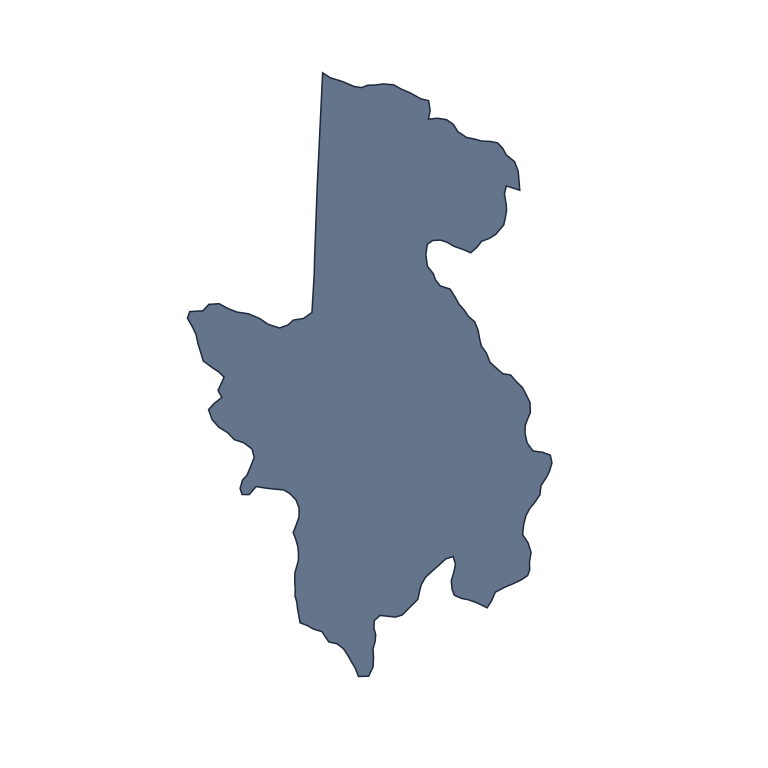 Alvarenga, Minas Gerais, Brazil, rotated 293°
{"feature_id": "56859067B30296109157485", "entity_name": "Alvarenga", "entity_type": "district", "adm_level": 2, "iso_a3": "BRA", "parent_name": "Brazil", "parent_adm1": "Minas Gerais", "projection": "robinson", "projection_center": [-41.705, -19.42], "detail": "fine", "context": "isolated", "style": "filled", "palette": "slate", "viewbox_px": 768, "rotation_deg": 293, "n_neighbors": 0, "source": "geoboundaries", "source_scale": "gbopen_adm2", "svg_char_len": 2643}
<svg xmlns="http://www.w3.org/2000/svg" viewBox="0 0 768 768"><g transform="rotate(293 384 384)"><path d="M615.4,433.3L623.4,429.1L632.3,424.4L639.7,417.3L642.6,407.1L647.4,401.1L650.3,394.5L648.9,387.2L645.8,379.0L644.8,371.4L643.2,363.6L645.2,353.2L650.0,346.6L651.8,338.4L649.6,329.5L645.2,321.5L653.8,319.6L662.2,314.4L660.9,306.2L662.2,294.5L662.2,284.5L663.2,276.1L660.0,266.2L655.8,259.1L652.6,252.2L648.1,247.6L646.2,240.3L646.2,227.5L644.9,214.8L646.5,205.9L540.1,245.2L472.5,271.0L457.7,276.9L421.7,289.7L412.9,284.3L407.4,275.6L400.7,272.5L394.7,265.9L393.7,253.9L395.7,244.0L395.7,231.8L392.8,220.7L392.5,211.1L393.5,200.9L388.9,191.7L380.6,188.7L377.7,182.8L374.7,176.9L367.8,177.3L362.0,185.0L356.5,191.3L348.2,197.2L340.8,203.5L334.6,208.5L331.9,219.6L330.6,227.1L327.8,234.1L320.3,234.0L313.3,233.7L308.2,240.0L299.9,235.3L291.9,232.5L284.1,239.6L279.6,248.9L278.1,259.1L274.3,268.0L275.1,277.9L272.6,287.9L265.7,293.2L255.4,293.5L246.4,293.5L240.3,291.3L231.7,292.3L226.8,296.5L229.5,303.1L239.6,306.4L241.8,315.2L244.4,324.1L247.3,333.0L246.4,339.9L242.8,348.4L236.5,354.4L228.5,357.7L219.1,358.3L211.9,358.4L205.6,364.3L200.5,368.3L194.8,371.4L188.0,374.2L175.6,375.7L167.2,379.0L160.6,382.4L154.1,384.9L149.3,388.9L143.9,391.9L137.5,396.1L131.4,400.0L131.7,407.7L130.8,414.8L131.8,423.7L125.0,433.9L126.5,442.5L124.4,450.3L120.3,456.4L115.8,462.3L111.3,468.4L104.8,474.8L109.0,484.0L119.2,484.5L128.3,481.2L135.9,477.4L143.9,476.4L150.0,474.3L155.3,470.1L162.5,467.5L169.4,470.8L171.7,478.3L173.9,485.6L178.6,491.1L188.0,494.8L199.0,499.3L206.8,497.8L214.1,496.7L222.4,497.8L230.4,501.4L237.7,504.9L247.1,509.2L252.2,515.1L246.1,520.2L238.5,521.7L229.1,522.8L221.5,527.0L217.0,531.3L216.9,539.1L218.3,545.7L218.9,554.3L218.3,566.4L226.9,567.8L235.9,567.8L244.1,574.6L250.2,580.5L257.6,587.1L263.9,591.1L270.0,590.7L276.9,587.5L286.4,585.2L293.9,578.9L299.6,570.4L309.1,567.5L318.2,566.1L326.2,566.8L333.6,569.0L343.0,570.8L351.8,568.2L361.4,570.0L369.0,570.4L377.1,569.4L383.5,564.9L383.1,556.5L380.6,547.3L385.7,538.8L393.5,533.2L401.1,530.2L406.9,529.9L414.9,529.9L423.9,525.7L430.3,518.4L434.8,512.9L438.3,504.0L441.8,497.0L439.9,489.3L442.4,481.6L445.4,473.1L452.4,466.3L456.9,459.0L462.0,455.0L470.0,449.8L476.7,443.2L479.3,435.2L483.3,429.1L486.6,422.1L491.8,415.5L497.2,407.7L496.3,397.5L499.8,390.9L504.8,386.3L509.3,378.0L519.6,371.9L529.5,369.3L535.2,372.8L538.5,379.7L539.1,386.4L538.1,395.2L538.7,404.1L538.7,412.6L546.2,416.2L553.6,418.1L559.1,424.0L565.4,428.4L577.2,432.1L584.9,430.6L591.4,429.1L597.1,426.3L606.0,420.6L614.1,419.2L615.4,433.3Z" fill="#64748b" stroke="#1e293b" stroke-width="1.5"/></g></svg>